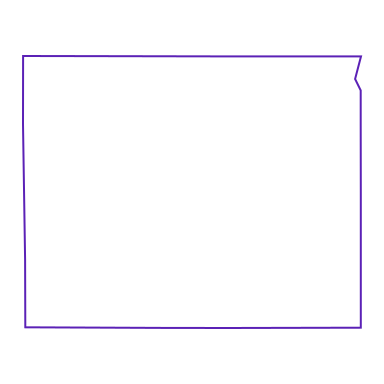 Saline, Kansas, United States of America (Mercator projection)
{"feature_id": "52423323B92463309420457", "entity_name": "Saline", "entity_type": "district", "adm_level": 2, "iso_a3": "USA", "parent_name": "United States of America", "parent_adm1": "Kansas", "projection": "mercator", "projection_center": [-97.646, 38.784], "detail": "fine", "context": "isolated", "style": "outline", "palette": "violet", "viewbox_px": 384, "rotation_deg": 0, "n_neighbors": 0, "source": "geoboundaries", "source_scale": "gbopen_adm2", "svg_char_len": 296}
<svg xmlns="http://www.w3.org/2000/svg" viewBox="0 0 384 384"><path d="M23.0,124.1L25.1,259.6L25.3,327.3L159.6,327.9L226.7,328.0L360.8,327.7L360.8,192.4L360.7,124.3L360.7,90.4L355.1,79.0L361.0,56.4L226.4,56.4L23.1,56.0L23.0,124.1L23.0,124.1Z" fill="none" stroke="#5b21b6" stroke-width="2"/></svg>